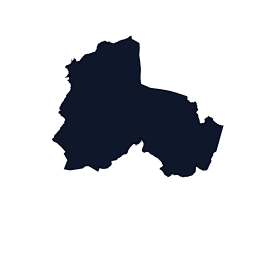 outline of Wassa East, Western, Ghana, rotated 130°
{"feature_id": "2480657B7921909152770", "entity_name": "Wassa East", "entity_type": "district", "adm_level": 2, "iso_a3": "GHA", "parent_name": "Ghana", "parent_adm1": "Western", "projection": "albers", "projection_center": [-1.647, 5.368], "detail": "fine", "context": "isolated", "style": "filled", "palette": "ink", "viewbox_px": 256, "rotation_deg": 130, "n_neighbors": 0, "source": "geoboundaries", "source_scale": "gbopen_adm2", "svg_char_len": 5772}
<svg xmlns="http://www.w3.org/2000/svg" viewBox="0 0 256 256"><g transform="rotate(130 128 128)"><path d="M142.5,195.7L143.6,194.7L146.0,194.6L146.4,194.0L146.4,193.4L146.6,193.3L147.1,193.9L146.8,194.4L146.9,194.6L147.3,194.2L148.3,194.1L150.2,194.2L151.2,193.9L152.7,193.9L154.5,192.9L154.9,193.1L156.1,193.0L156.7,192.2L157.1,192.0L156.9,190.6L157.8,189.7L159.4,190.9L160.3,190.7L160.5,190.0L160.0,189.2L160.1,188.5L160.7,187.8L161.0,186.7L160.4,185.8L160.7,184.9L160.3,183.7L160.8,182.6L161.0,181.5L161.5,180.8L163.3,180.1L163.7,180.3L164.2,179.8L164.2,179.5L165.1,178.8L165.3,178.8L165.8,179.3L167.0,179.4L167.6,179.1L168.1,179.4L168.6,179.2L169.0,179.3L169.5,179.1L170.2,179.3L170.6,178.9L171.2,179.4L172.0,178.6L173.0,178.7L174.1,178.2L174.4,178.3L174.7,178.7L175.1,178.8L177.2,178.7L177.5,178.3L178.2,178.7L179.3,178.6L180.2,179.1L182.0,178.4L182.3,178.0L182.8,177.8L183.7,178.0L184.1,178.3L185.1,178.2L185.4,176.1L184.7,174.2L184.4,172.0L184.6,170.5L184.7,166.4L185.5,162.0L185.4,161.3L185.8,159.9L188.5,160.0L191.0,153.2L199.8,150.3L197.3,145.9L195.3,144.0L187.9,137.5L186.4,137.1L185.0,137.0L182.9,135.5L182.5,134.6L181.9,134.5L180.1,123.7L176.1,125.0L175.9,123.2L174.9,121.4L173.5,119.8L172.7,119.4L171.5,118.2L170.3,118.3L167.4,117.6L166.2,118.1L166.2,118.4L164.7,119.7L164.1,120.3L163.8,120.3L163.0,120.1L162.6,119.0L161.2,118.6L160.8,118.1L160.9,117.7L160.0,117.1L159.5,117.2L159.2,116.8L158.6,116.8L158.4,117.0L156.7,117.1L156.7,116.8L156.1,116.9L156.0,116.1L154.3,115.6L154.2,115.8L153.7,115.5L153.2,116.0L153.2,115.8L152.1,115.3L151.3,115.3L150.3,114.4L149.7,114.4L149.5,114.1L149.4,114.2L149.1,113.4L148.3,113.1L147.0,113.6L146.9,113.4L146.6,113.7L146.3,113.9L146.0,113.7L145.7,113.8L145.7,114.1L145.1,114.3L143.8,114.3L143.3,114.7L142.2,114.5L140.1,114.7L139.3,114.4L138.5,114.6L137.9,114.4L137.7,114.6L136.5,114.2L135.2,112.8L135.1,112.5L134.7,112.4L135.3,111.3L134.8,111.4L134.4,111.3L133.7,110.6L133.2,111.1L132.9,110.9L132.5,111.2L132.4,111.1L132.5,110.4L132.2,110.6L132.0,110.4L131.5,110.5L131.1,110.1L130.0,109.8L129.3,111.6L128.7,111.4L128.5,111.8L127.8,110.9L127.5,111.0L128.1,108.9L128.0,107.9L129.5,105.3L131.6,104.0L133.5,103.5L135.2,102.8L136.1,102.0L135.9,100.1L134.6,99.6L133.9,99.0L133.1,98.1L132.6,97.1L132.7,93.5L132.1,92.0L132.1,90.2L131.7,87.4L131.2,86.0L131.8,80.7L131.5,80.3L131.7,79.7L132.1,79.6L132.8,78.7L133.3,77.0L134.0,76.2L136.1,76.2L137.2,76.8L138.2,77.0L138.5,76.8L138.1,75.1L138.2,74.2L138.6,72.7L138.7,71.9L139.4,70.5L139.6,69.0L139.4,68.7L139.0,68.6L138.9,68.3L139.2,67.8L138.9,66.7L139.2,66.3L138.3,65.7L137.3,65.7L136.7,65.2L135.0,65.4L134.2,66.2L134.0,65.7L134.4,64.9L133.9,63.7L133.6,62.3L132.7,61.7L132.0,60.9L131.0,59.3L130.9,57.6L130.6,57.3L130.7,57.1L130.4,57.1L130.0,55.1L129.3,54.0L128.0,53.6L127.5,52.4L126.5,51.5L124.7,50.5L123.2,49.3L122.1,48.9L119.8,49.1L118.9,48.7L118.3,48.8L116.1,50.3L115.3,51.1L114.6,51.3L113.2,51.5L112.5,52.0L112.7,50.6L112.6,46.8L111.8,44.3L111.9,43.6L110.9,42.7L110.6,42.6L109.6,41.2L107.4,41.4L106.2,42.0L104.1,42.4L103.3,42.9L102.1,42.9L100.8,43.1L100.3,43.4L99.8,43.9L99.5,44.5L98.9,45.0L98.3,45.3L96.7,45.4L96.0,45.7L94.7,45.8L93.3,46.8L93.2,47.1L90.3,46.7L89.7,46.1L89.1,46.1L65.8,56.7L66.6,57.4L66.8,58.8L67.7,59.5L67.7,61.1L68.3,62.1L68.0,63.1L68.4,64.3L68.0,65.4L68.4,66.8L67.5,68.8L66.9,69.1L67.0,70.8L67.6,71.8L67.8,73.5L69.3,72.9L69.7,73.2L69.7,73.8L71.4,74.3L72.1,74.2L72.5,73.0L73.8,72.4L74.8,72.4L76.5,72.8L77.1,73.9L78.1,74.5L78.5,75.0L78.5,75.5L78.8,75.6L78.8,76.0L78.3,76.9L78.2,77.7L77.9,78.0L77.6,77.7L77.3,77.7L77.1,78.4L76.6,78.8L75.6,80.3L75.3,81.5L74.7,82.2L74.4,82.1L74.2,82.8L73.5,83.0L73.3,83.5L73.4,83.8L73.1,85.1L73.4,85.7L73.3,86.0L72.2,86.6L71.4,86.7L70.1,86.5L69.3,86.7L68.9,87.4L69.1,88.1L68.7,88.6L66.9,89.8L66.7,90.3L66.6,91.1L66.4,91.3L65.6,91.6L65.2,93.2L65.7,93.4L66.3,93.3L67.2,93.8L67.4,94.2L67.3,94.7L68.1,95.4L68.9,96.4L69.1,96.9L68.9,97.8L68.5,98.8L68.9,99.8L68.8,100.9L68.3,101.8L67.0,102.5L66.5,103.2L70.9,114.2L74.1,121.0L78.1,127.9L83.5,136.3L86.6,146.5L82.1,151.2L75.0,156.6L69.7,162.0L65.5,166.8L59.9,170.8L56.4,174.1L58.0,182.5L56.2,184.6L57.3,185.1L59.4,185.3L63.1,187.4L63.4,187.7L63.9,188.0L64.5,188.2L65.1,189.1L66.4,189.6L67.7,190.5L68.2,190.4L69.2,190.9L70.8,191.7L71.5,192.3L72.6,192.5L73.3,193.3L73.9,195.2L74.7,195.6L75.0,196.1L74.9,196.4L74.4,196.7L74.3,197.4L74.4,197.5L75.2,197.5L75.1,197.9L75.7,198.5L76.4,198.5L76.2,198.9L76.8,199.3L76.3,199.7L76.2,200.1L76.6,201.3L77.1,201.8L77.9,201.5L78.5,201.8L78.4,202.2L79.1,202.7L79.2,203.0L80.0,203.1L80.2,203.4L80.8,203.5L81.7,203.4L82.5,204.2L82.9,203.8L83.1,204.1L83.6,203.9L84.1,203.3L84.4,203.7L84.7,203.7L84.9,203.2L85.8,203.3L86.1,202.7L87.5,202.1L89.2,201.9L89.6,201.6L91.1,201.5L93.1,203.1L93.5,203.1L95.6,204.6L96.5,204.7L96.9,205.0L97.4,206.0L98.4,206.5L98.8,207.1L99.5,207.5L103.2,207.8L109.3,207.6L109.0,208.1L109.1,208.5L109.8,209.1L110.6,209.4L110.9,210.3L109.9,212.1L109.6,212.2L109.7,213.0L110.2,212.4L110.9,212.5L111.3,213.0L112.1,212.3L112.4,212.4L112.6,213.0L112.8,212.9L112.8,213.3L113.1,212.8L113.6,212.7L113.7,212.9L114.0,212.9L114.5,213.1L115.0,212.5L115.7,212.8L116.0,212.8L116.3,212.4L116.9,212.7L117.1,213.1L117.5,213.1L117.7,213.5L118.0,213.4L118.5,213.8L119.0,213.9L119.0,214.2L119.6,214.7L119.8,214.7L119.8,214.4L120.3,214.4L120.8,214.4L120.8,214.6L121.2,214.8L121.4,214.1L120.7,213.0L120.9,212.2L121.8,210.9L122.0,209.7L122.2,209.4L123.0,209.0L123.4,207.7L123.8,207.6L124.9,207.9L126.1,207.6L127.9,207.7L126.1,206.4L125.5,206.2L125.6,205.7L126.5,205.7L127.3,204.3L128.3,203.6L129.6,204.1L129.4,203.5L130.4,202.4L129.9,200.9L130.4,200.4L130.3,199.9L130.4,199.4L130.7,199.2L131.2,199.2L131.5,199.0L131.6,198.5L132.0,198.0L132.7,197.6L133.4,197.7L134.4,196.4L136.3,195.7L142.5,195.7Z" fill="#0f172a" stroke="#020617" stroke-width="1.5"/></g></svg>